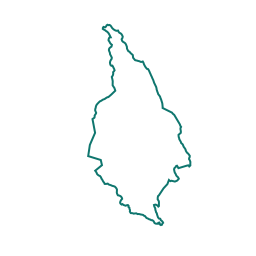 the district of Andorinha, Bahia, Brazil, rotated 334°
{"feature_id": "56859067B23692820001253", "entity_name": "Andorinha", "entity_type": "district", "adm_level": 2, "iso_a3": "BRA", "parent_name": "Brazil", "parent_adm1": "Bahia", "projection": "natural_earth1", "projection_center": [-39.857, -10.251], "detail": "fine", "context": "isolated", "style": "outline", "palette": "teal", "viewbox_px": 256, "rotation_deg": 334, "n_neighbors": 0, "source": "geoboundaries", "source_scale": "gbopen_adm2", "svg_char_len": 4382}
<svg xmlns="http://www.w3.org/2000/svg" viewBox="0 0 256 256"><g transform="rotate(334 128 128)"><path d="M161.8,36.1L160.1,35.5L159.3,34.6L158.6,33.6L158.1,32.6L157.6,31.2L157.5,30.2L157.4,29.3L157.2,28.3L156.6,27.3L155.7,27.1L154.8,26.2L153.7,26.4L152.9,27.1L151.6,27.5L150.3,26.4L149.3,27.0L148.8,27.9L149.3,28.8L150.0,29.6L150.4,30.4L150.8,31.3L151.3,32.0L151.8,33.2L152.1,34.4L152.2,35.8L152.2,37.4L152.2,38.9L151.1,38.5L150.2,39.0L149.3,40.0L148.9,40.9L149.2,42.1L149.1,43.3L149.4,44.8L150.0,46.2L149.4,46.9L148.8,47.6L147.9,47.7L146.7,48.0L145.9,48.4L145.0,49.5L144.8,50.7L144.7,52.4L144.2,54.0L144.3,55.7L144.3,57.6L143.6,58.7L142.5,59.3L141.5,60.0L140.5,61.2L140.1,62.4L139.9,63.5L140.3,64.8L141.3,65.1L141.4,66.1L141.4,67.6L141.4,69.1L141.2,70.3L140.3,70.8L139.1,71.3L138.5,72.8L137.6,73.9L136.6,74.6L135.8,75.0L135.5,76.5L135.2,77.8L134.8,79.2L132.9,82.9L133.1,84.6L133.3,85.9L133.2,86.8L133.1,87.9L132.9,88.9L127.7,90.6L123.9,91.6L123.0,91.3L121.6,91.4L119.7,91.7L118.7,91.6L117.6,91.5L116.6,91.7L115.5,91.8L114.6,91.7L113.5,92.0L112.1,92.5L110.8,93.0L109.5,93.7L108.5,94.7L107.8,95.7L106.9,96.6L106.2,97.8L106.1,99.1L106.0,100.5L105.3,101.1L104.2,101.7L103.3,102.4L102.9,103.4L102.3,104.0L101.1,104.2L100.0,104.4L96.3,117.9L89.3,123.9L86.3,126.5L79.9,135.8L89.5,144.8L88.3,150.0L79.8,152.0L80.0,153.1L80.2,154.2L80.0,155.5L80.3,156.7L81.0,158.0L81.8,158.9L82.0,159.8L82.1,160.9L81.9,161.8L82.2,162.9L82.2,164.4L82.3,165.7L82.6,166.6L82.5,168.0L83.9,168.7L85.4,169.1L85.9,170.3L86.7,171.1L87.8,172.2L88.5,173.1L89.5,173.9L90.4,174.8L90.8,175.8L91.1,177.2L91.1,178.4L90.4,179.8L89.7,180.9L89.4,182.1L89.4,184.0L90.6,185.0L91.2,185.7L91.7,186.6L91.9,187.9L91.7,189.1L90.1,189.8L88.9,190.7L88.1,191.8L88.2,193.0L88.7,194.0L89.7,194.0L90.2,195.2L91.1,196.1L91.8,196.8L93.0,196.9L94.1,197.2L94.4,198.2L93.8,199.1L94.3,200.2L93.9,201.2L93.8,202.7L93.0,204.0L93.2,205.7L94.3,206.3L95.0,206.8L95.6,207.5L96.7,207.8L98.1,208.4L98.8,209.5L99.7,209.9L100.8,210.6L101.5,211.3L102.4,211.9L103.5,212.8L104.0,214.0L104.7,214.7L104.9,215.8L105.2,217.0L106.2,218.1L107.0,219.3L108.0,220.2L108.5,221.1L109.4,221.5L110.1,222.7L110.2,224.0L110.2,225.1L111.0,226.1L112.1,226.8L113.2,227.3L113.7,226.5L114.7,226.7L114.7,227.7L114.5,228.9L115.0,229.7L116.2,229.8L117.0,228.9L118.0,228.6L118.0,227.4L117.6,226.2L117.1,225.2L117.2,223.7L116.1,222.9L115.8,221.5L116.0,219.8L116.2,218.4L116.5,217.3L116.3,216.1L116.6,214.7L116.7,213.6L117.2,212.4L117.3,211.2L117.2,210.2L117.6,208.6L118.9,208.8L119.8,209.5L120.5,210.7L120.8,211.9L121.6,211.7L122.3,210.2L123.2,208.4L123.6,207.3L123.4,205.1L124.2,203.6L125.1,202.4L126.2,202.1L133.5,197.8L137.3,196.3L138.7,195.8L142.0,192.7L142.3,193.6L142.9,194.4L143.8,194.4L144.6,195.0L145.7,195.9L146.7,196.7L148.1,196.8L149.3,196.8L150.4,196.3L151.4,195.9L151.4,194.3L150.9,193.1L150.6,192.1L150.6,191.1L150.7,189.9L150.5,188.7L150.7,187.5L151.0,186.3L151.3,185.3L152.0,184.5L153.8,183.9L154.6,183.3L155.5,183.4L155.7,185.2L155.7,186.2L164.8,187.7L166.0,188.1L166.2,189.4L167.6,189.0L168.4,187.3L169.2,185.8L169.4,184.0L169.2,182.9L169.7,181.9L170.4,181.5L171.3,180.2L171.1,178.5L170.7,177.0L170.2,176.0L170.1,174.9L170.0,173.8L170.3,172.4L170.1,170.8L169.8,169.3L169.9,168.1L170.0,166.8L169.6,165.7L169.2,164.9L169.4,163.7L169.3,162.1L169.2,160.6L169.5,159.6L169.6,158.6L169.9,157.5L170.4,156.3L171.8,155.9L173.3,155.5L173.9,154.5L174.3,153.3L174.7,151.8L175.3,150.9L176.2,150.3L176.0,148.9L176.2,147.5L175.3,136.4L174.9,135.6L174.5,134.7L174.3,133.5L167.9,125.2L168.4,124.2L169.0,122.6L169.5,121.3L169.8,120.0L169.9,119.1L170.1,117.9L170.3,116.5L170.3,115.3L170.5,114.4L170.5,113.4L170.3,112.2L170.0,110.9L170.2,109.6L170.3,108.1L170.5,107.0L170.6,106.0L171.0,104.9L171.3,103.4L171.3,102.1L171.3,101.0L171.3,100.0L171.3,98.8L171.5,97.4L171.7,95.9L171.7,93.9L171.8,92.7L171.8,91.7L171.8,90.6L171.9,89.2L171.9,87.9L172.0,86.8L172.0,85.4L171.9,83.9L171.0,83.2L170.6,81.7L170.4,80.6L170.3,78.9L170.3,77.6L170.5,76.1L170.4,74.7L169.4,74.6L168.6,74.3L168.0,73.6L167.3,72.8L166.5,72.2L165.7,71.4L164.9,70.8L164.1,70.1L163.4,67.1L163.8,65.9L164.3,64.6L163.8,63.3L163.3,62.2L163.0,61.2L162.8,60.1L162.0,59.2L161.9,57.9L161.9,56.2L162.6,54.5L162.7,53.3L162.8,52.0L162.7,50.8L162.1,49.5L161.4,48.6L160.9,47.0L161.2,45.4L162.4,44.7L163.3,43.6L163.4,42.3L163.3,40.9L162.9,39.8L162.0,38.6L161.7,37.3L161.8,36.1Z" fill="none" stroke="#0f766e" stroke-width="2"/></g></svg>